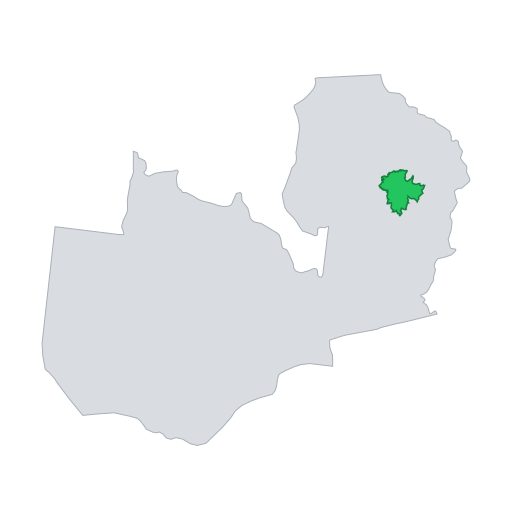 location of Shiwang'Andu, Muchinga, Zambia, rotated 7°
{"feature_id": "96606910B14962040673296", "entity_name": "Shiwang'Andu", "entity_type": "district", "adm_level": 2, "iso_a3": "ZMB", "parent_name": "Zambia", "parent_adm1": "Muchinga", "projection": "robinson", "projection_center": [31.599, -11.088], "detail": "fine", "context": "in_parent", "style": "filled", "palette": "green", "viewbox_px": 512, "rotation_deg": 7, "n_neighbors": 0, "source": "geoboundaries", "source_scale": "gbopen_adm2", "svg_char_len": 9021}
<svg xmlns="http://www.w3.org/2000/svg" viewBox="0 0 512 512"><g transform="rotate(7 256 256)"><path d="M345.5,356.1L322.4,356.2L314.1,358.2L307.2,361.4L299.0,366.3L294.2,369.8L292.9,371.7L292.3,375.9L292.3,382.4L291.5,387.1L289.0,391.3L276.6,396.5L268.4,400.8L260.5,405.8L254.4,412.3L250.3,420.3L243.5,430.2L229.2,447.9L220.9,451.2L213.9,450.4L205.5,446.7L198.8,446.0L193.9,448.3L189.3,447.6L185.1,443.9L181.5,442.5L178.7,443.6L175.0,443.4L168.4,441.3L162.6,435.0L159.4,432.4L157.0,431.4L150.1,430.4L134.3,428.9L117.9,432.1L103.5,435.3L88.7,421.2L74.3,406.3L71.3,402.6L65.9,397.6L62.0,395.1L60.5,393.9L56.5,380.7L54.3,368.5L53.0,251.4L117.8,251.4L121.9,250.9L122.1,249.6L119.1,243.4L119.2,241.2L119.9,236.9L122.7,228.4L122.9,225.6L121.5,216.4L121.6,211.2L122.3,200.8L121.8,197.3L123.3,192.6L123.8,189.5L124.4,188.1L123.6,184.6L122.2,172.2L121.4,167.0L125.3,167.8L126.6,170.3L127.4,173.1L129.1,173.3L133.8,174.9L135.4,177.2L136.5,182.2L135.9,184.7L134.4,186.8L135.9,188.6L139.0,189.8L140.8,189.4L146.0,186.1L150.8,184.8L153.2,183.9L163.9,181.7L166.1,180.5L167.5,180.5L168.6,181.5L167.7,185.0L167.4,188.1L168.7,194.0L169.7,196.8L172.0,198.8L173.6,199.8L175.4,201.9L179.1,201.6L187.4,204.6L189.9,206.0L193.3,207.3L195.8,207.9L204.3,208.9L213.2,210.6L217.8,210.8L221.1,210.3L223.4,209.5L224.8,208.5L225.5,207.7L228.8,196.5L230.5,195.6L232.7,195.0L234.0,196.1L235.5,203.1L242.0,209.5L244.2,214.9L245.8,219.4L247.2,220.7L249.7,222.3L253.6,222.8L257.1,223.0L274.5,230.8L276.4,232.2L278.6,236.4L279.9,241.1L281.3,244.8L283.5,245.6L285.5,245.8L287.5,248.4L289.0,250.6L294.2,259.8L294.9,263.5L297.4,266.0L300.8,267.0L303.9,267.1L305.7,266.0L310.2,264.1L313.6,262.0L316.2,261.2L317.7,261.7L318.8,263.2L319.6,267.8L322.0,269.3L323.8,268.7L324.5,266.9L324.6,266.0L324.5,217.9L322.9,218.2L320.9,219.6L316.3,219.7L314.5,220.8L313.9,222.3L314.3,224.3L314.4,227.0L313.7,228.3L311.7,228.8L308.8,227.7L303.5,226.4L299.1,225.5L295.9,221.9L291.6,216.5L288.8,213.7L282.0,208.1L280.8,206.9L278.8,204.3L277.0,199.7L275.3,194.5L274.4,191.2L276.0,186.1L279.9,169.4L280.8,164.2L284.1,159.0L284.3,154.2L283.0,148.2L283.3,144.8L283.7,125.7L282.8,119.7L280.5,113.0L275.6,103.7L275.7,101.7L283.2,95.7L285.4,93.4L289.3,88.5L292.0,84.3L293.6,80.9L294.2,76.6L293.0,72.4L295.5,71.6L357.6,60.8L358.5,63.7L360.4,68.4L362.5,71.9L365.2,75.0L367.4,76.9L368.9,77.4L378.5,77.2L381.9,79.1L384.9,81.4L385.7,85.1L387.7,87.4L389.8,89.2L390.7,89.4L392.3,89.0L394.8,88.9L397.2,89.7L398.3,90.5L398.4,93.6L399.2,94.9L402.4,95.5L405.7,95.7L408.9,97.8L412.3,98.1L416.3,99.0L418.1,101.2L422.4,103.5L427.5,105.6L433.2,108.9L433.3,110.0L434.3,112.0L435.3,113.4L435.4,115.5L435.9,117.5L437.3,118.0L438.5,118.1L439.7,116.7L441.2,116.7L442.8,117.6L443.4,119.9L444.7,122.9L446.8,125.0L448.2,127.0L447.7,130.6L446.9,133.9L449.7,137.2L453.4,140.3L454.4,141.7L454.7,146.4L455.3,147.9L457.8,151.8L459.0,154.4L458.9,155.8L452.1,163.5L448.0,164.6L446.1,166.2L445.0,167.8L447.7,175.4L449.2,178.3L448.0,181.9L445.3,188.1L444.0,188.6L443.8,193.3L444.6,195.0L445.9,196.3L446.5,199.4L446.4,207.3L444.7,216.2L447.7,223.9L448.7,224.8L453.0,224.8L453.7,225.5L452.7,227.7L449.7,231.1L444.3,233.8L436.6,236.7L435.0,239.5L434.0,243.6L434.8,246.0L435.8,247.4L435.5,250.9L434.8,254.7L435.1,257.6L434.7,260.3L433.7,261.5L432.3,265.5L430.7,269.5L429.4,271.3L427.4,273.2L424.4,274.7L424.4,275.5L427.9,277.4L428.8,278.6L429.1,279.5L427.6,281.5L429.2,282.7L431.2,283.7L433.0,286.4L435.1,291.3L435.5,291.9L436.1,291.9L437.3,291.4L439.4,289.4L440.9,288.6L442.8,291.5L410.5,303.8L403.0,306.3L391.7,310.6L388.0,312.2L385.1,313.9L355.1,323.4L350.4,325.3L339.8,330.2L339.4,331.0L339.6,333.3L340.5,337.9L342.4,342.1L343.9,344.5L344.9,350.7L345.5,356.1Z" fill="#d9dde1" stroke="#a8b0b8" stroke-width="1"/><path d="M414.7,165.6L414.4,165.7L414.1,165.5L413.9,165.3L413.8,165.5L413.5,165.6L413.3,165.6L413.1,165.5L412.6,165.7L412.5,165.8L412.2,165.8L412.0,166.1L411.9,166.2L411.6,166.2L411.3,166.2L411.1,166.1L410.7,166.1L410.4,166.0L410.4,165.7L410.1,165.6L410.1,165.1L410.0,164.9L409.8,164.6L409.9,164.4L409.7,164.1L408.9,164.3L408.7,164.5L408.4,164.4L408.1,164.5L407.7,164.8L407.3,164.9L406.8,165.3L406.4,165.3L406.1,165.4L405.9,165.4L405.5,165.3L405.3,165.4L404.9,165.4L404.3,165.1L403.8,165.2L403.5,164.9L403.0,164.9L402.8,164.8L402.3,164.3L402.0,163.7L402.0,162.9L402.0,161.4L402.5,159.9L402.5,159.4L402.2,157.5L402.0,157.3L401.8,157.8L401.4,158.4L401.4,158.9L401.1,159.3L401.1,159.6L401.0,159.9L400.9,160.1L400.6,160.4L400.5,160.7L400.0,161.0L399.9,161.0L399.5,161.3L399.2,161.3L399.0,161.8L398.6,162.0L398.4,162.3L397.9,162.9L397.7,162.9L397.6,163.0L397.4,163.1L397.2,163.4L397.0,163.2L396.8,163.2L396.5,163.1L395.6,163.0L395.2,162.3L394.6,161.9L394.6,161.6L393.9,160.2L394.5,159.8L394.7,159.6L394.4,158.8L394.2,156.3L394.8,155.4L395.1,154.5L395.5,153.9L395.6,153.0L395.4,152.8L394.8,152.8L394.2,153.1L392.7,153.2L392.3,153.3L391.8,153.1L391.5,152.8L391.2,152.7L390.8,153.1L390.5,153.1L390.2,153.2L390.0,153.6L389.7,153.7L389.6,153.3L389.4,153.5L389.2,153.5L389.2,153.4L389.0,153.2L388.9,153.1L388.8,153.3L388.7,153.4L388.6,153.2L388.5,153.3L388.4,153.2L388.3,153.4L388.3,153.5L388.2,153.6L387.8,153.6L387.7,153.7L387.4,154.2L387.1,154.2L386.8,154.2L386.8,154.4L386.8,154.5L386.7,154.4L386.5,154.6L386.6,154.9L385.7,155.2L385.1,154.8L384.6,154.8L384.2,155.1L384.0,155.6L383.9,155.7L383.6,155.7L383.1,154.9L382.4,154.8L382.1,154.9L382.0,155.3L381.7,155.5L381.7,155.8L381.2,156.2L380.7,156.5L379.9,156.6L379.6,156.8L379.3,156.9L378.7,156.9L377.8,157.4L377.8,157.8L378.2,158.1L378.3,158.4L378.3,158.6L377.5,158.4L377.1,158.6L376.9,159.0L377.2,159.7L377.2,160.3L377.4,160.4L377.4,160.6L376.9,161.0L376.7,161.3L376.2,161.5L375.9,161.8L375.7,161.8L375.5,161.4L375.2,161.0L374.6,161.4L373.5,161.0L372.5,161.5L371.9,162.0L371.3,162.2L371.1,162.6L371.1,162.8L371.4,163.2L371.8,163.3L371.7,164.0L372.0,164.2L372.3,163.7L372.6,163.6L372.9,163.6L373.1,163.7L373.7,164.5L373.1,165.3L372.8,164.9L372.5,164.8L371.8,164.9L371.5,165.2L371.6,165.6L371.7,165.9L372.5,166.5L372.8,167.0L372.7,167.2L372.8,167.3L372.5,167.4L371.9,168.1L371.7,169.0L370.9,169.6L370.3,170.5L369.9,170.8L369.8,171.0L370.0,171.0L370.1,171.5L370.2,171.9L370.2,172.0L370.4,172.1L370.5,172.1L370.6,172.3L370.7,172.1L370.7,172.5L370.9,172.8L371.0,172.6L371.3,172.6L371.3,172.8L371.6,172.7L371.6,172.8L371.8,172.9L371.9,173.0L372.1,173.4L372.3,173.3L372.4,173.5L372.5,173.6L372.6,173.8L373.1,174.4L373.3,174.2L373.6,174.3L373.8,174.5L373.9,174.3L374.1,174.6L374.5,174.6L374.6,174.8L374.8,174.6L374.9,174.8L375.3,174.8L375.6,174.8L375.8,174.9L375.9,175.1L376.1,175.2L376.5,174.9L376.6,175.0L376.7,174.9L377.0,174.9L377.2,175.1L377.2,174.8L377.4,174.9L377.5,174.8L377.9,175.0L378.3,175.0L378.6,175.2L378.7,175.4L378.8,175.3L378.8,175.6L378.7,175.6L378.8,175.7L378.7,175.9L378.9,175.8L379.1,176.0L379.2,176.6L379.1,176.9L378.9,177.1L379.1,177.5L378.9,178.0L379.1,178.5L379.1,179.4L378.6,180.2L378.6,180.4L378.9,180.7L379.4,182.9L379.5,182.8L380.5,183.2L380.7,183.6L380.9,183.7L380.7,184.0L380.2,184.8L380.1,185.7L380.1,186.7L380.0,187.3L379.8,187.6L379.7,187.6L379.7,187.8L379.9,188.2L380.5,188.2L381.2,187.7L381.7,187.7L381.7,187.3L382.1,187.4L382.7,186.9L383.3,186.7L383.6,186.7L383.8,186.9L383.9,187.0L384.0,188.0L384.3,188.6L384.2,188.9L384.1,189.2L384.0,189.5L384.1,190.4L384.1,191.2L384.1,191.5L384.7,192.5L386.9,193.7L386.2,195.0L386.0,195.5L387.9,195.3L388.5,194.6L389.3,194.8L389.5,194.7L390.0,194.5L390.0,194.3L390.4,194.8L390.5,194.8L390.6,195.1L390.9,195.8L391.1,196.0L391.4,196.5L392.2,196.4L392.5,196.5L392.8,196.4L393.1,196.6L393.2,196.8L393.3,196.9L393.5,196.9L393.5,197.1L393.6,197.4L393.4,197.5L393.6,197.9L393.4,198.0L393.6,198.2L393.8,198.3L393.9,198.2L393.9,198.4L394.0,198.4L394.1,198.2L394.3,198.0L394.5,197.7L394.5,197.3L394.6,197.0L394.9,196.8L394.9,196.6L395.3,196.3L395.4,196.1L395.5,195.8L395.3,195.6L395.1,195.2L395.2,194.8L394.7,194.3L394.6,194.0L394.2,194.0L393.9,193.7L393.9,193.2L394.6,191.9L394.6,191.4L394.4,191.0L394.7,190.8L395.0,190.7L395.5,190.9L395.7,191.2L396.8,191.6L398.5,191.8L399.0,191.7L399.4,191.2L399.2,191.1L398.8,190.5L399.1,190.1L399.1,189.4L399.4,188.8L399.4,188.4L399.3,187.9L399.3,187.6L399.5,187.1L399.6,186.9L399.8,185.6L400.1,184.9L400.5,184.9L401.0,184.7L400.7,184.5L400.6,184.2L400.2,183.8L399.9,183.7L400.0,183.4L400.3,183.0L400.2,182.5L400.4,182.2L400.1,181.5L399.7,181.1L399.4,180.5L399.4,180.0L399.8,179.1L399.6,178.2L400.3,178.7L400.7,179.2L401.2,179.3L401.4,179.6L401.8,179.8L402.1,180.1L403.0,179.9L403.7,180.2L404.5,180.0L404.9,180.0L405.1,179.8L405.4,179.7L405.7,179.9L406.0,179.9L406.3,179.8L406.7,179.9L407.2,180.6L407.5,180.9L408.1,181.1L409.0,181.9L409.4,182.6L409.6,182.2L409.5,181.5L409.6,181.0L409.8,180.7L410.2,180.4L410.4,180.0L410.5,179.9L410.4,179.3L410.5,179.0L410.2,178.3L410.3,178.2L410.3,177.8L410.8,176.9L411.0,176.4L411.7,176.0L412.1,175.3L414.0,173.3L413.3,172.4L412.9,171.6L412.9,171.4L412.4,170.6L412.7,169.8L413.5,169.4L413.9,168.9L413.9,168.5L414.3,167.8L414.3,167.3L414.4,166.7L414.5,166.3L414.7,165.6Z" fill="#22c55e" stroke="#15803d" stroke-width="1.5"/></g></svg>